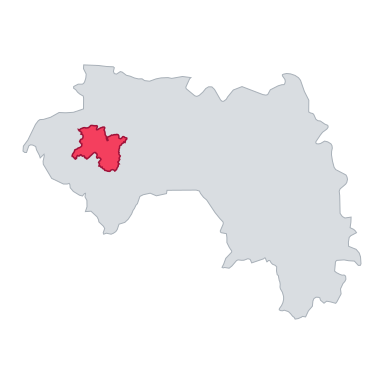 Telimele, Télimélé, Guinea (highlighted)
{"feature_id": "49546643B50480493924889", "entity_name": "Telimele", "entity_type": "district", "adm_level": 2, "iso_a3": "GIN", "parent_name": "Guinea", "parent_adm1": "Télimélé", "projection": "mercator", "projection_center": [-13.353, 10.89], "detail": "fine", "context": "in_parent", "style": "filled", "palette": "rose", "viewbox_px": 384, "rotation_deg": 0, "n_neighbors": 0, "source": "geoboundaries", "source_scale": "gbopen_adm2", "svg_char_len": 7246}
<svg xmlns="http://www.w3.org/2000/svg" viewBox="0 0 384 384"><path d="M241.7,260.3L238.1,259.9L236.6,260.5L231.9,266.0L229.1,268.2L224.7,267.5L223.1,267.9L222.0,267.3L223.6,264.3L225.8,258.3L231.6,252.2L231.7,251.0L229.3,247.4L226.9,242.6L226.9,237.4L226.4,233.7L221.3,232.7L220.4,232.0L220.3,230.8L223.1,224.3L223.3,223.0L223.0,221.9L219.9,218.6L215.0,212.5L206.6,199.9L203.5,197.3L200.5,193.4L199.4,191.0L196.2,190.1L167.0,190.3L166.5,193.6L156.4,195.8L150.2,193.2L143.3,194.7L139.9,196.4L137.4,203.7L135.9,205.3L134.4,208.5L133.1,210.3L131.6,214.0L128.3,219.1L124.8,222.4L119.0,224.2L117.2,229.6L115.8,231.6L113.5,233.2L111.1,234.2L106.4,233.2L103.7,234.2L103.2,232.8L104.7,228.5L103.5,226.3L98.9,221.9L98.5,219.7L97.1,216.9L91.0,211.2L85.4,211.6L87.0,206.8L86.9,200.4L85.0,196.9L85.5,193.3L84.4,193.6L82.5,196.0L79.5,195.2L73.3,191.4L70.2,187.7L69.9,184.6L69.2,183.4L67.3,184.0L63.4,184.0L51.7,178.4L43.3,164.3L43.1,161.2L44.3,155.7L44.0,154.2L40.2,157.9L39.4,155.4L36.5,149.8L35.7,146.5L32.8,145.1L30.6,144.8L28.8,145.9L26.5,152.5L24.8,152.5L23.0,151.1L23.4,146.1L27.9,140.0L35.5,124.4L38.2,120.8L39.9,119.6L43.5,119.4L50.5,117.3L59.1,112.5L65.6,112.8L73.4,112.3L83.5,108.9L83.6,98.4L83.3,96.1L79.7,94.0L77.6,92.2L75.8,89.8L73.6,88.2L73.7,86.5L78.1,84.2L82.3,84.2L83.6,83.4L84.6,81.9L85.8,78.1L86.2,74.1L83.5,68.7L83.7,64.9L98.5,65.5L106.6,66.5L113.3,66.8L114.3,67.7L113.4,71.4L114.3,73.6L116.5,74.1L120.3,71.6L122.2,72.1L126.4,75.3L130.2,76.2L134.5,78.0L138.4,78.9L142.0,78.8L144.6,80.6L149.6,81.2L156.0,78.9L161.0,77.9L168.0,77.6L171.7,78.4L182.5,76.5L190.9,77.6L189.6,78.8L185.8,87.2L186.2,88.7L194.8,95.8L196.8,96.4L199.2,95.4L202.9,92.1L205.8,88.5L208.6,86.8L211.9,86.9L214.5,89.4L220.6,100.0L222.1,101.3L223.6,101.3L226.3,99.3L227.6,97.0L233.3,90.0L242.0,86.6L262.9,94.6L265.9,95.1L267.7,94.6L270.3,89.8L278.2,85.8L281.9,84.7L284.1,84.6L284.9,83.3L285.3,81.4L284.9,79.4L282.4,75.8L282.4,74.7L283.7,74.1L286.7,73.5L290.6,73.9L295.0,75.4L298.5,77.7L300.5,80.3L304.4,91.5L308.8,100.2L308.7,111.9L310.6,113.0L312.7,113.5L313.7,114.4L315.9,119.3L317.9,120.7L320.3,121.0L324.8,124.1L327.7,125.3L328.1,126.2L328.0,127.5L326.8,129.1L322.5,132.3L320.3,135.1L315.9,141.7L315.8,142.9L316.7,143.8L318.5,143.9L320.5,143.5L324.6,141.1L327.8,141.9L330.9,143.8L332.0,145.7L332.3,148.2L331.6,151.4L331.5,155.0L332.5,161.2L334.1,167.3L335.7,169.6L346.0,175.0L347.0,177.0L347.5,179.3L346.8,182.4L345.7,184.1L340.1,188.9L339.2,191.2L339.7,195.5L340.1,213.4L342.3,216.5L344.9,218.0L351.1,217.1L350.9,222.1L350.1,227.7L353.7,229.4L355.5,231.1L356.5,232.7L350.8,235.7L349.2,237.4L348.4,242.1L348.6,246.3L356.2,249.4L359.2,253.0L360.5,256.8L361.0,263.8L360.3,265.4L358.3,265.4L354.4,261.1L348.5,260.7L344.1,259.9L336.7,260.4L335.5,261.7L334.6,271.1L336.4,272.6L339.9,274.4L342.2,275.2L344.1,275.0L345.6,276.1L345.9,279.2L344.9,281.4L343.0,283.5L340.5,288.9L341.1,293.9L336.9,301.8L335.7,303.3L330.2,301.8L326.6,301.2L324.0,303.2L320.5,300.2L319.8,297.8L318.5,297.3L316.1,297.2L313.9,298.6L312.9,301.1L312.4,306.2L308.4,310.9L305.6,316.9L302.3,316.4L301.6,317.1L298.1,318.6L295.1,319.1L294.3,317.5L292.6,316.2L290.6,313.7L288.4,311.6L284.2,310.2L282.5,310.8L280.5,310.6L279.2,309.8L279.4,308.6L281.6,305.5L282.9,302.6L283.6,299.5L283.6,296.5L282.4,292.3L280.5,289.0L280.0,287.1L280.2,284.3L279.8,281.7L279.2,280.4L278.3,275.5L277.2,274.7L276.5,270.8L276.7,266.8L275.1,265.3L272.5,264.2L271.0,262.6L270.1,260.9L269.1,260.4L268.3,260.5L267.6,261.6L266.8,261.8L265.3,258.0L264.6,257.9L263.6,258.8L251.7,262.9L250.2,259.4L247.9,258.7L244.0,260.2L241.7,260.3Z" fill="#d9dde1" stroke="#a8b0b8" stroke-width="1"/><path d="M87.2,158.8L89.6,156.8L89.6,156.6L91.0,155.4L93.4,153.1L94.5,152.5L95.1,152.5L95.7,152.6L95.8,153.1L96.4,153.7L96.9,153.9L96.9,154.3L97.1,154.5L97.1,155.6L96.6,156.5L96.7,157.9L96.8,158.1L96.7,158.1L96.8,158.1L97.3,158.2L97.6,158.0L97.7,157.9L98.0,157.9L98.4,157.6L98.6,157.5L99.0,157.4L99.4,157.9L99.5,158.0L99.8,158.0L100.1,158.1L100.3,158.2L101.0,159.2L100.7,159.9L100.0,160.5L99.8,161.1L99.4,161.3L98.9,162.0L98.7,162.2L98.6,162.7L98.9,163.0L99.5,163.8L99.4,164.1L99.3,164.7L98.9,165.9L99.4,165.9L99.5,166.1L100.2,166.1L100.3,166.4L100.5,166.4L100.8,167.0L101.1,167.4L101.4,167.4L102.1,167.2L102.1,167.7L102.6,168.5L103.6,169.0L104.0,169.0L104.4,169.3L104.5,169.9L104.8,170.4L106.2,170.6L107.3,171.1L108.1,171.3L108.3,171.2L108.6,171.2L109.2,171.4L110.1,171.2L110.6,170.4L111.4,169.9L112.4,169.6L113.0,169.7L113.9,170.1L114.6,170.5L114.7,171.0L114.9,171.0L115.9,170.2L116.1,169.7L116.4,169.3L116.6,169.3L116.8,168.6L117.2,167.8L118.1,166.4L118.3,165.9L118.1,165.5L118.4,164.6L118.9,164.0L119.2,163.9L118.8,163.4L118.3,163.1L118.0,162.6L117.9,161.9L118.3,161.5L118.4,161.4L118.5,161.7L119.0,160.7L119.8,159.3L119.7,159.1L119.2,158.9L119.2,157.9L119.5,157.4L120.0,156.6L120.3,156.0L119.9,155.5L119.6,155.2L119.1,154.6L118.8,152.9L119.1,152.5L118.8,152.2L118.6,151.8L119.0,150.6L118.9,149.6L119.5,148.1L119.6,146.3L120.2,145.4L121.3,145.0L121.6,144.5L121.7,144.0L122.1,143.5L123.5,142.9L123.8,141.9L124.2,142.0L125.0,142.5L125.2,142.1L125.4,140.8L125.7,140.2L125.8,139.8L126.4,139.4L126.5,139.4L126.8,139.0L126.8,138.5L126.8,138.1L126.4,137.9L124.6,137.4L124.1,136.8L123.6,136.6L123.0,136.6L122.6,136.8L122.0,137.7L121.2,138.4L120.5,138.7L119.3,138.4L119.0,138.1L118.8,137.6L118.9,136.1L118.5,135.3L118.2,134.8L117.7,134.6L117.3,134.5L117.2,134.5L117.0,134.4L116.6,134.4L116.3,134.6L116.1,134.5L115.4,134.7L114.8,134.7L114.6,134.7L114.4,134.6L114.2,134.6L113.9,134.7L113.4,134.9L113.0,135.0L112.8,135.1L112.5,135.2L112.3,135.2L112.2,135.2L111.7,135.0L111.4,135.1L111.2,135.3L110.9,135.6L110.5,135.8L110.2,135.9L109.8,136.2L109.3,136.4L109.0,136.5L108.7,136.7L108.5,136.8L108.3,136.9L108.0,136.9L107.6,137.0L107.3,137.0L107.1,137.1L107.1,137.8L107.7,139.2L108.0,140.3L107.8,140.4L107.5,140.4L107.3,140.6L107.2,140.6L106.4,138.7L106.4,136.6L105.2,134.8L105.0,132.6L104.6,131.0L104.1,130.3L104.1,129.8L104.8,127.9L104.4,127.2L104.1,127.1L103.6,127.1L102.7,127.1L102.2,127.5L101.1,127.6L100.1,128.2L99.0,128.7L98.0,129.5L97.4,129.7L96.6,129.7L96.5,129.0L97.4,126.6L97.1,125.9L96.8,125.7L95.6,125.7L95.1,125.9L94.0,125.6L93.6,125.7L92.9,125.5L91.6,125.4L90.9,125.5L90.6,125.6L89.7,126.7L88.4,127.6L87.9,127.8L85.6,128.0L85.2,127.7L84.9,127.6L83.5,127.8L83.2,127.7L82.5,128.2L81.1,128.6L80.6,128.9L80.1,129.4L79.6,129.6L78.9,129.7L78.4,129.5L78.5,129.9L79.0,130.2L79.1,130.7L79.9,130.9L80.0,131.3L80.4,131.7L80.7,131.6L81.3,132.3L81.6,132.4L81.7,132.7L81.7,133.1L81.3,133.5L80.9,134.1L81.3,134.3L82.4,134.5L82.8,135.1L83.2,136.2L82.9,137.0L83.0,137.7L82.1,139.0L81.0,139.3L80.5,139.6L80.4,140.9L80.0,140.8L79.7,141.0L79.6,141.6L81.7,144.2L81.8,144.5L81.6,145.3L81.8,145.0L81.8,145.5L81.5,146.3L79.9,147.5L78.0,148.1L77.0,149.0L74.9,149.8L74.6,150.5L74.4,151.4L73.8,152.5L72.5,154.3L72.3,155.5L72.1,155.7L72.2,156.4L72.6,156.4L73.2,156.9L75.0,158.9L75.5,159.1L75.9,158.7L75.6,158.2L75.8,157.9L76.5,158.2L76.8,156.6L77.0,156.1L77.3,155.7L77.6,155.5L78.2,155.9L79.1,156.0L79.5,155.8L79.7,155.4L80.2,155.4L80.6,154.7L81.3,154.9L82.1,156.0L82.6,156.2L82.9,156.0L84.0,155.9L84.3,156.1L84.6,157.5L85.1,157.3L85.7,157.6L85.6,157.9L85.7,158.0L85.9,158.2L86.1,158.5L86.3,158.6L86.5,158.9L87.2,158.8Z" fill="#f43f5e" stroke="#9f1239" stroke-width="1.5"/></svg>